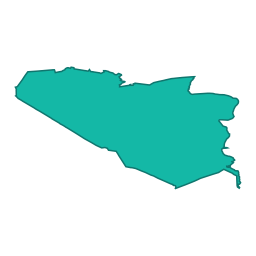 Aizpute, Aizputes, Latvia
{"feature_id": "27541924B45479434258967", "entity_name": "Aizpute", "entity_type": "district", "adm_level": 2, "iso_a3": "LVA", "parent_name": "Latvia", "parent_adm1": "Aizputes", "projection": "equal_earth", "projection_center": [21.618, 56.716], "detail": "fine", "context": "isolated", "style": "filled", "palette": "teal", "viewbox_px": 256, "rotation_deg": 0, "n_neighbors": 0, "source": "geoboundaries", "source_scale": "gbopen_adm2", "svg_char_len": 4980}
<svg xmlns="http://www.w3.org/2000/svg" viewBox="0 0 256 256"><path d="M54.4,69.8L53.3,69.8L43.8,70.6L36.6,71.2L27.8,71.8L26.7,73.3L25.1,75.5L24.6,76.3L24.3,76.7L22.3,79.8L18.5,85.0L17.3,86.7L15.4,87.2L16.4,89.2L16.2,89.8L16.3,94.4L16.3,95.0L16.3,95.5L15.7,95.9L16.1,96.2L18.2,98.5L19.5,99.2L21.9,100.6L22.4,101.0L32.8,107.1L33.1,107.3L33.7,107.6L35.9,109.1L39.7,111.2L51.1,118.1L52.3,119.0L52.5,119.1L57.5,122.0L59.3,123.1L60.1,123.8L62.8,125.2L65.1,126.6L65.3,126.8L65.9,127.2L67.4,128.0L68.5,128.7L69.5,129.3L72.6,131.2L73.1,131.5L77.6,134.3L82.5,137.4L84.5,138.7L91.4,142.5L96.1,145.3L101.7,147.9L105.0,147.5L107.3,148.3L108.5,150.2L116.2,151.3L118.1,154.3L118.3,154.7L119.0,155.9L119.9,157.3L123.8,163.4L125.9,166.7L131.1,167.7L131.8,167.6L132.1,167.7L135.7,168.5L137.9,169.4L141.4,170.9L145.3,172.4L151.0,175.1L153.5,175.9L157.9,178.2L163.4,180.6L170.8,183.9L171.8,184.2L173.0,184.6L173.0,185.0L173.4,185.4L174.2,185.5L175.0,185.6L175.5,185.8L175.8,186.5L175.8,187.5L175.4,188.3L174.9,188.8L175.6,188.4L176.5,188.1L184.7,185.0L185.3,184.8L191.8,182.2L194.7,181.0L198.4,179.3L200.2,178.4L200.3,178.4L201.4,178.0L213.3,174.1L218.6,172.5L220.6,171.2L223.8,169.3L232.3,173.2L233.7,174.4L236.7,175.8L237.1,185.5L237.5,187.0L239.2,188.2L239.6,187.6L238.8,186.6L238.2,185.6L237.8,184.5L238.1,184.2L239.5,184.2L240.6,182.7L240.3,182.0L239.3,181.2L239.6,180.2L239.7,179.2L239.3,178.4L239.6,177.0L238.6,175.4L238.9,174.6L238.6,173.8L238.6,173.2L238.7,172.8L238.2,171.1L237.0,170.7L236.4,170.9L235.4,170.7L234.7,170.4L234.5,169.9L232.3,168.9L229.7,167.3L227.9,167.3L226.7,166.8L226.7,166.2L227.8,166.3L229.0,165.7L229.6,166.1L230.3,166.1L230.5,165.0L231.7,164.0L232.7,163.3L233.3,162.7L232.4,162.3L232.0,161.6L232.9,161.5L234.7,160.1L234.4,159.5L233.5,159.1L233.4,158.6L233.3,158.0L231.5,157.0L229.6,156.3L228.1,156.2L226.5,155.6L224.8,155.1L223.1,153.5L222.6,152.1L222.2,151.5L221.8,150.9L221.8,149.1L222.0,148.8L222.2,148.7L222.5,148.6L223.6,148.3L224.7,148.2L225.6,148.2L227.5,147.9L227.3,147.8L227.2,147.8L226.8,147.7L226.7,147.6L226.4,147.6L226.1,147.6L225.7,147.6L225.2,147.5L224.9,147.5L224.5,147.5L224.2,147.4L223.9,147.4L223.7,147.3L223.8,147.2L224.0,147.1L224.2,146.9L224.2,146.6L224.1,146.3L224.1,146.1L224.2,145.8L224.2,145.4L224.2,145.2L224.3,144.3L224.4,144.0L224.5,143.3L224.7,142.7L224.9,142.3L225.1,141.9L225.3,141.5L225.4,141.4L225.7,140.8L226.1,140.0L226.4,139.6L227.0,138.6L227.2,138.4L227.3,138.4L227.6,138.3L228.0,137.9L228.4,137.5L228.9,136.9L229.4,136.1L229.5,136.0L229.5,135.8L229.5,135.6L229.5,135.4L229.5,135.0L229.5,134.6L229.6,134.3L229.6,134.0L229.3,133.9L229.1,133.8L228.9,133.7L228.7,133.5L228.3,133.0L228.0,132.3L227.9,132.2L227.6,131.5L227.5,131.3L227.3,131.0L227.0,130.7L226.9,130.5L226.7,130.2L226.8,129.9L226.8,129.6L226.9,128.9L226.9,127.9L226.5,127.3L226.3,127.1L223.0,126.1L222.8,125.8L219.5,121.6L219.4,121.6L219.0,121.2L218.9,120.7L219.1,120.2L219.5,119.8L222.1,119.8L225.5,120.0L227.0,120.1L227.9,120.1L228.5,120.0L229.4,119.6L230.4,119.2L231.9,118.7L233.2,117.7L233.5,117.3L234.0,116.4L233.8,116.2L233.4,115.2L233.1,114.4L232.8,113.6L232.8,113.3L232.9,111.9L233.3,111.2L233.9,109.1L234.2,108.5L234.9,107.2L235.4,106.3L236.1,105.6L236.7,105.1L237.6,104.0L238.0,103.5L238.2,103.1L238.4,102.5L238.4,101.8L238.5,101.4L238.4,100.9L237.9,99.9L237.6,99.5L237.1,99.0L236.2,98.4L233.1,98.2L231.2,96.9L229.8,96.3L228.1,95.7L226.3,95.3L224.3,94.8L222.6,94.7L221.4,94.7L219.4,94.6L217.5,94.3L215.3,94.1L213.1,93.5L210.0,93.3L207.4,93.3L194.8,94.1L193.2,94.3L192.2,94.4L191.2,94.1L190.2,93.4L189.6,92.8L189.6,92.4L189.4,92.1L188.8,91.7L188.2,91.2L188.0,90.6L188.1,90.1L188.7,89.7L188.9,89.3L188.5,88.9L189.3,88.0L189.4,87.1L189.0,86.9L190.2,84.4L190.5,84.0L190.3,83.6L190.2,83.0L190.4,82.4L190.9,82.0L191.1,81.3L191.5,80.7L192.0,80.3L192.8,79.7L193.0,79.4L193.0,79.1L193.0,78.8L193.7,78.5L193.8,78.3L193.6,77.8L194.5,76.7L193.9,76.7L190.7,76.9L182.5,77.5L176.6,78.1L174.0,78.4L171.8,78.6L171.0,78.7L170.8,78.8L168.0,79.4L165.4,80.0L163.9,80.4L158.5,81.5L158.2,81.6L153.9,82.6L153.1,83.0L149.6,85.0L135.0,83.2L134.8,83.8L133.3,83.8L133.1,85.3L130.7,85.3L130.7,84.5L130.0,84.7L130.1,84.9L130.1,85.2L130.1,85.3L128.7,85.4L120.5,86.7L119.6,86.8L119.7,85.8L119.8,85.3L119.4,85.0L119.4,84.8L119.7,84.7L120.4,84.6L120.8,84.3L121.2,84.0L121.7,83.4L122.2,82.9L122.4,82.8L123.0,82.7L123.6,82.5L123.9,82.4L124.9,81.8L124.6,81.5L122.8,81.2L121.2,80.7L120.7,80.6L120.3,80.3L120.6,79.7L120.9,79.5L121.3,79.3L120.7,78.8L119.7,78.1L119.7,77.9L119.4,77.2L119.1,76.9L121.5,75.1L121.3,74.6L120.4,74.2L119.0,73.6L118.4,73.5L117.8,74.0L116.7,74.7L114.9,74.6L112.9,73.0L109.3,72.1L108.6,71.5L105.5,70.7L103.7,70.7L104.1,71.9L100.9,73.5L99.8,72.9L93.9,72.0L93.0,71.8L90.5,71.5L89.5,69.6L88.2,71.1L87.2,71.0L85.7,70.7L84.7,70.6L84.1,70.5L79.8,69.8L74.2,68.9L73.9,67.7L71.1,67.2L70.5,68.3L70.1,68.2L68.0,67.7L67.3,67.8L66.5,68.1L65.3,68.8L65.1,69.4L64.8,69.8L63.1,70.5L61.5,71.5L60.3,71.6L55.3,72.6L54.8,70.9L54.4,69.8Z" fill="#14b8a6" stroke="#0f766e" stroke-width="1.5"/></svg>